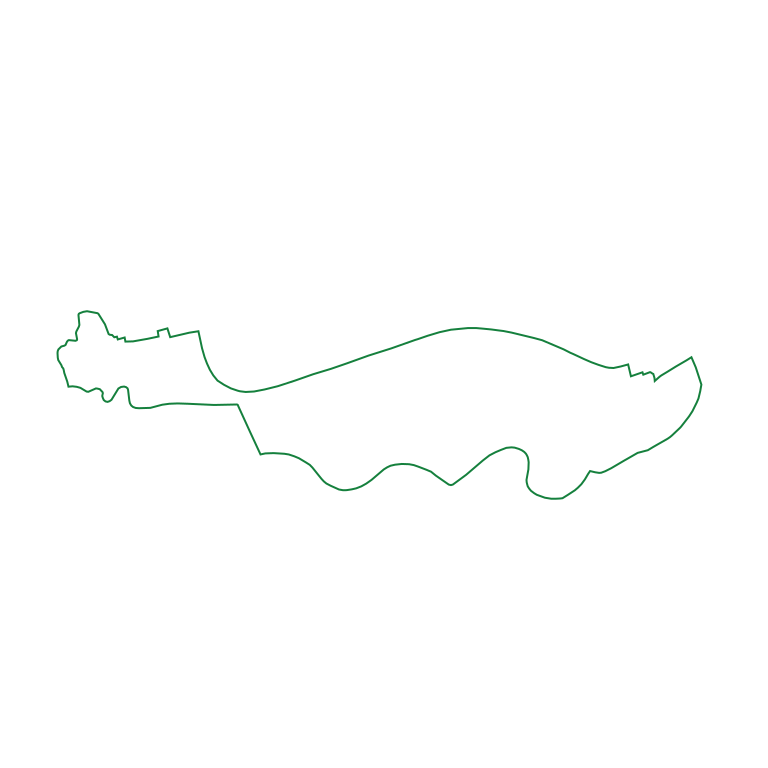 outline of Hong Bang, Hải Phòng, Vietnam, rotated 341°
{"feature_id": "81297802B63499365755438", "entity_name": "Hong Bang", "entity_type": "district", "adm_level": 2, "iso_a3": "VNM", "parent_name": "Vietnam", "parent_adm1": "Hải Phòng", "projection": "mercator", "projection_center": [106.64, 20.876], "detail": "fine", "context": "isolated", "style": "outline", "palette": "green", "viewbox_px": 768, "rotation_deg": 341, "n_neighbors": 0, "source": "geoboundaries", "source_scale": "gbopen_adm2", "svg_char_len": 3254}
<svg xmlns="http://www.w3.org/2000/svg" viewBox="0 0 768 768"><g transform="rotate(341 384 384)"><path d="M515.6,550.1L521.7,548.7L530.0,546.6L531.7,545.9L533.3,545.3L538.0,543.0L542.9,539.6L547.7,535.5L550.5,533.4L554.9,536.2L558.5,538.1L560.5,538.6L564.8,538.5L571.4,537.6L586.7,534.5L588.4,534.2L601.4,531.7L611.9,532.5L618.0,531.2L623.2,530.2L634.3,528.1L636.1,527.6L637.2,527.3L639.5,526.4L649.2,522.0L650.4,521.4L651.4,520.8L661.8,514.0L666.8,510.1L673.6,503.4L676.6,500.1L680.8,493.5L681.6,492.0L683.9,487.9L684.2,469.8L683.4,458.8L677.8,460.1L665.7,462.5L656.0,464.7L649.0,466.2L648.0,466.5L646.8,466.9L641.0,469.3L641.7,466.4L641.9,462.2L641.1,461.4L640.1,460.0L639.4,459.4L632.2,459.6L632.2,457.1L620.0,457.1L621.2,445.0L613.5,444.5L606.2,443.6L603.3,442.4L602.2,442.0L599.2,440.3L593.0,435.7L587.1,430.9L581.2,425.5L577.8,422.2L572.3,416.9L570.4,415.2L565.1,409.7L547.8,394.1L540.7,389.3L521.3,376.9L514.2,372.8L510.1,370.8L503.3,367.4L495.4,363.8L489.1,361.0L481.4,358.4L464.7,354.4L464.4,354.4L453.4,353.1L440.9,352.6L430.4,352.6L428.0,352.5L427.2,352.5L402.5,352.7L378.7,352.1L355.8,352.4L338.9,352.4L320.1,351.7L301.0,351.8L282.9,351.5L269.3,350.3L258.7,348.8L250.6,346.5L246.7,344.6L245.3,343.9L243.5,342.7L237.8,338.3L232.5,332.7L227.7,326.6L225.4,320.3L224.0,313.9L223.3,306.9L223.1,300.1L223.6,290.9L225.7,273.7L216.6,272.1L197.1,270.1L197.3,260.9L187.3,260.3L186.3,265.7L175.1,264.3L160.6,262.0L153.3,259.7L153.9,255.6L146.8,255.2L146.9,252.3L144.2,252.0L142.9,249.2L140.7,248.1L139.9,247.1L139.6,236.7L136.8,224.7L136.2,223.8L126.9,218.5L125.0,218.2L123.2,217.9L119.3,218.0L118.3,218.3L117.6,219.2L115.2,229.0L114.1,230.5L110.2,234.2L109.3,235.6L108.4,241.8L107.8,242.6L106.4,242.7L100.3,239.9L99.1,240.1L97.9,240.9L95.6,243.4L94.3,243.7L91.1,243.5L87.4,245.3L86.2,246.7L85.4,248.4L84.1,253.0L83.8,255.3L85.1,261.2L85.1,263.1L85.8,264.9L85.7,266.7L85.3,269.5L85.3,278.5L84.8,283.8L88.8,284.8L92.5,286.6L95.7,288.8L100.3,294.3L101.9,295.1L110.2,294.4L111.6,295.1L113.6,296.4L115.2,299.9L115.2,301.1L113.7,303.6L113.6,305.5L113.8,307.9L115.0,309.8L116.8,310.9L119.0,310.9L121.2,310.2L131.4,301.8L134.4,301.2L137.4,301.8L139.1,303.0L140.1,304.6L140.1,306.2L137.8,316.8L137.5,319.5L138.0,322.0L139.2,324.0L141.4,325.8L144.4,327.1L155.3,330.5L167.6,331.4L174.6,332.8L182.6,335.2L192.3,338.9L216.5,348.5L238.3,355.5L238.9,356.1L239.0,357.4L241.8,386.1L244.3,410.4L249.2,411.0L257.1,413.4L267.0,417.5L271.0,419.6L275.7,423.2L279.4,426.5L284.7,432.8L287.5,436.3L289.1,439.7L292.8,450.0L294.0,453.3L295.4,456.5L297.1,459.3L300.4,462.8L307.1,469.1L310.7,471.1L314.1,472.2L319.1,473.1L323.7,473.6L329.2,473.4L334.8,472.4L341.0,470.6L356.0,464.7L359.9,463.8L363.6,463.4L368.2,463.9L374.8,465.4L381.6,468.0L385.8,470.4L389.5,473.3L396.3,479.0L398.4,480.9L399.9,482.2L403.2,487.5L412.5,500.2L414.4,501.4L416.4,501.5L432.1,496.6L452.6,488.5L460.5,485.8L467.2,484.8L473.1,484.4L478.9,484.2L481.4,484.8L483.9,485.4L486.8,486.7L490.4,489.3L492.7,491.5L494.5,493.9L495.5,496.1L495.9,498.0L496.1,500.0L495.8,502.5L495.3,505.1L492.7,511.8L487.5,521.1L486.9,523.5L486.7,525.7L486.6,527.6L487.2,530.1L488.2,532.8L490.4,536.1L492.4,538.5L499.1,543.9L504.9,547.0L508.7,548.3L513.2,549.6L515.6,550.1Z" fill="none" stroke="#15803d" stroke-width="2"/></g></svg>